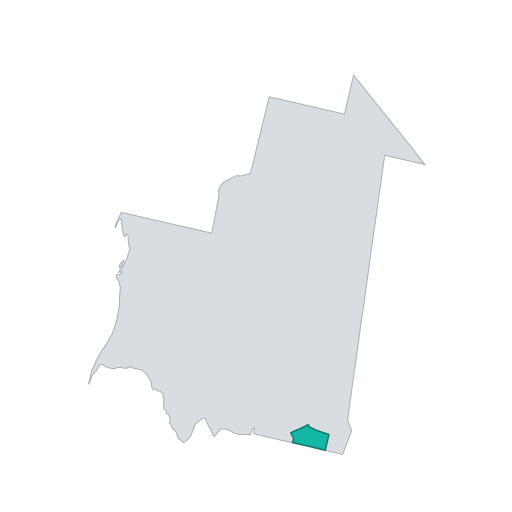 location of Amourj, Hodh ech Chargui, Mauritania, rotated 13°
{"feature_id": "47542326B9245180339851", "entity_name": "Amourj", "entity_type": "district", "adm_level": 2, "iso_a3": "MRT", "parent_name": "Mauritania", "parent_adm1": "Hodh ech Chargui", "projection": "equal_earth", "projection_center": [-7.235, 15.827], "detail": "fine", "context": "in_parent", "style": "filled", "palette": "teal", "viewbox_px": 512, "rotation_deg": 13, "n_neighbors": 0, "source": "geoboundaries", "source_scale": "gbopen_adm2", "svg_char_len": 3645}
<svg xmlns="http://www.w3.org/2000/svg" viewBox="0 0 512 512"><g transform="rotate(13 256 256)"><path d="M223.0,451.9L222.4,451.7L219.9,449.4L218.7,446.6L216.7,444.5L214.0,443.2L212.2,441.6L211.3,439.8L210.3,438.6L209.2,438.0L209.1,437.3L209.4,436.5L209.2,434.8L207.6,431.2L206.1,429.6L204.8,429.8L204.0,429.4L203.6,428.6L203.4,427.4L202.6,426.4L201.0,425.9L199.8,423.3L199.0,418.3L197.8,414.5L196.3,411.7L195.3,410.7L194.5,410.5L194.2,410.1L194.0,409.3L192.9,409.0L191.2,409.8L189.8,409.6L189.1,408.2L188.1,408.1L186.8,409.2L185.4,408.9L183.9,407.1L183.1,405.4L182.9,403.7L180.3,400.2L175.3,395.0L169.7,392.6L163.7,392.9L160.3,392.7L159.6,391.9L158.9,391.9L158.1,392.9L157.3,393.1L156.5,392.6L155.9,392.9L155.7,394.3L153.6,394.9L149.5,395.0L146.3,395.8L143.7,397.4L140.2,398.1L135.7,397.8L132.9,397.3L132.0,396.3L130.7,396.1L129.0,396.6L127.5,399.2L126.1,403.8L124.9,406.4L124.0,407.1L123.0,410.5L122.4,416.3L121.6,418.8L121.8,404.4L123.2,399.1L123.7,394.3L126.7,383.9L130.1,375.4L133.4,364.1L134.7,353.2L134.5,342.5L133.8,333.0L132.3,326.7L131.0,317.6L128.9,312.8L125.0,308.6L124.1,306.2L125.1,305.3L127.5,304.7L129.1,301.4L125.8,302.7L129.8,292.7L131.1,285.9L131.0,281.5L131.8,278.7L129.0,272.7L126.9,265.3L125.8,264.1L124.6,263.5L124.5,265.2L123.8,266.8L122.4,265.8L120.0,260.4L116.7,251.5L115.5,250.6L114.5,251.8L113.8,253.0L112.5,260.4L112.1,257.5L112.7,254.0L113.7,249.8L114.8,243.9L117.8,243.9L123.2,243.8L134.0,243.8L139.4,243.8L150.2,243.8L155.6,243.8L166.4,243.8L171.8,243.8L182.6,243.7L188.0,243.7L198.8,243.7L204.2,243.7L207.7,243.7L207.6,239.5L207.5,236.2L207.3,231.7L207.1,227.3L207.0,222.8L206.8,218.7L206.7,214.5L206.5,210.6L206.4,207.1L206.1,205.1L205.1,201.0L204.8,199.0L205.2,196.9L206.0,194.9L208.1,191.3L211.3,188.5L215.0,185.2L217.9,182.8L219.3,182.1L223.7,181.3L227.1,179.4L230.5,177.6L231.9,176.6L232.1,173.2L233.1,97.9L249.5,97.9L253.8,97.9L284.0,97.9L288.3,97.9L310.3,97.9L310.3,94.3L310.3,89.3L310.3,82.3L310.4,75.4L310.4,63.1L310.4,58.0L314.7,61.4L323.4,68.2L327.7,71.6L336.4,78.5L345.1,85.3L353.8,92.1L358.1,95.6L362.5,99.0L366.9,102.4L371.2,105.9L380.0,112.7L383.7,115.6L389.3,120.2L394.6,124.6L399.9,128.9L391.7,128.9L380.8,128.9L373.4,128.9L365.8,128.9L358.7,128.9L359.3,136.0L360.0,143.8L360.7,151.5L361.4,159.3L362.0,167.1L364.1,190.4L364.8,198.2L365.4,206.1L366.1,213.9L366.8,221.7L368.2,237.4L368.9,245.2L369.6,253.1L370.3,261.0L371.0,268.8L371.7,276.7L373.0,292.5L373.7,300.4L374.4,308.3L375.1,316.2L375.8,324.1L376.5,332.0L377.2,340.0L377.9,347.9L379.3,363.8L380.0,371.7L380.7,379.7L381.4,387.7L382.1,395.4L385.0,399.5L388.5,404.6L387.5,411.8L386.3,420.4L385.0,429.8L375.0,429.8L365.3,429.8L340.9,429.8L336.0,429.8L311.6,429.8L306.8,429.8L297.4,429.8L294.6,429.6L293.6,428.9L293.2,424.0L292.4,424.3L291.4,425.8L290.9,427.3L291.1,429.3L290.9,431.1L287.8,431.7L283.5,432.9L279.1,433.8L274.6,433.4L273.0,433.1L271.4,432.4L267.8,431.7L265.9,431.6L263.6,431.8L261.0,432.2L260.2,433.1L258.1,436.7L256.2,441.0L254.9,440.9L253.5,438.6L249.7,434.3L245.0,428.5L242.9,425.7L241.8,425.3L239.5,427.4L237.6,429.3L235.6,432.1L234.6,434.8L233.9,437.9L233.5,441.6L232.8,446.0L231.1,449.4L229.2,452.1L227.7,453.3L227.2,454.0L223.0,451.9ZM127.6,295.3L126.1,298.3L125.4,297.2L125.2,295.1L126.6,292.2L127.3,290.7L128.5,290.2L127.6,295.3Z" fill="#d9dde1" stroke="#a8b0b8" stroke-width="1"/><path d="M354.0,412.3L346.5,410.5L346.0,410.4L345.8,409.9L345.5,409.2L345.1,408.7L343.6,409.4L342.8,410.3L340.4,412.3L339.5,413.0L339.3,413.1L329.7,420.4L331.2,422.3L333.7,425.2L333.7,425.3L333.7,429.5L345.9,429.5L367.2,429.7L367.2,424.5L367.2,413.6L356.0,412.4L354.0,412.3Z" fill="#14b8a6" stroke="#0f766e" stroke-width="1.5"/></g></svg>